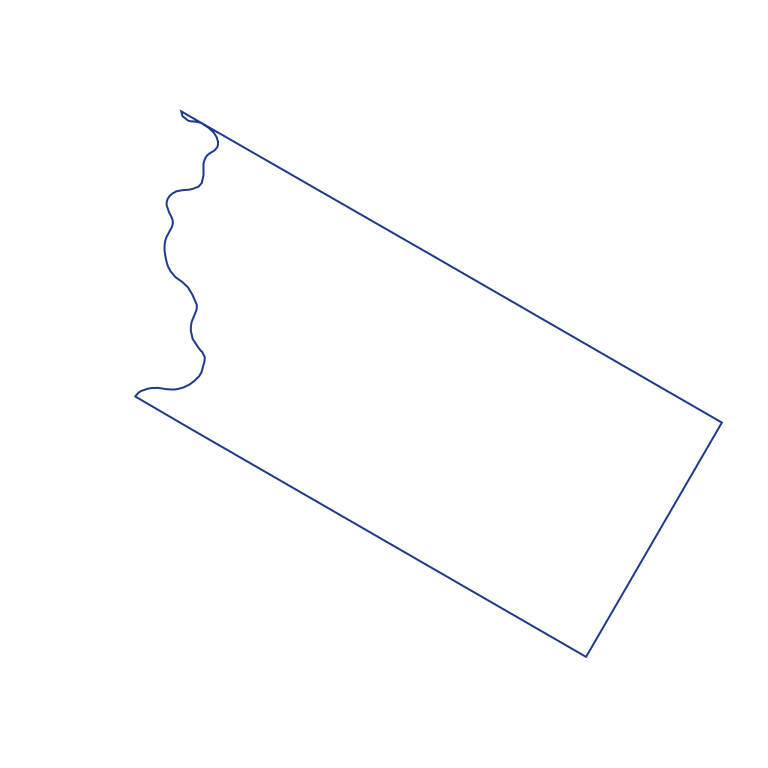 the district of Otoe, Nebraska, United States of America, rotated 210°
{"feature_id": "52423323B62260042074042", "entity_name": "Otoe", "entity_type": "district", "adm_level": 2, "iso_a3": "USA", "parent_name": "United States of America", "parent_adm1": "Nebraska", "projection": "natural_earth1", "projection_center": [-95.833, 40.654], "detail": "fine", "context": "isolated", "style": "outline", "palette": "blue", "viewbox_px": 768, "rotation_deg": 210, "n_neighbors": 0, "source": "geoboundaries", "source_scale": "gbopen_adm2", "svg_char_len": 1147}
<svg xmlns="http://www.w3.org/2000/svg" viewBox="0 0 768 768"><g transform="rotate(210 384 384)"><path d="M400.4,519.4L695.9,518.7L692.4,515.2L685.6,514.2L683.3,514.6L678.4,517.0L673.4,518.6L663.9,518.2L656.9,516.5L652.2,514.0L648.8,510.7L647.3,508.0L646.8,505.4L647.6,501.5L650.6,496.0L651.5,493.3L651.7,490.7L651.3,487.5L650.4,484.3L644.8,474.8L642.3,467.0L643.3,462.2L647.5,457.0L649.8,455.0L655.4,451.1L660.2,447.0L662.7,442.7L663.7,439.6L663.9,436.1L663.0,432.5L661.7,430.2L656.1,425.3L650.9,421.9L648.9,420.1L647.1,417.5L646.2,414.3L645.9,403.0L645.1,398.7L643.9,395.5L641.1,390.3L636.4,384.3L632.5,380.2L630.1,378.0L625.1,374.8L617.8,372.2L609.7,371.5L602.4,369.8L595.9,366.3L594.8,365.7L586.0,359.2L584.3,356.7L583.3,353.9L581.7,341.8L580.2,337.7L577.9,333.5L572.3,327.4L563.1,322.8L559.1,321.1L557.7,321.0L552.6,317.6L550.8,313.9L547.9,302.7L548.0,298.1L549.7,292.1L552.2,286.2L556.0,280.7L560.7,276.0L563.5,273.9L570.4,270.5L577.7,267.7L582.8,264.6L586.0,262.0L589.2,258.4L590.9,256.4L592.3,253.7L593.1,249.6L593.1,248.8L529.0,248.5L72.6,248.7L72.5,278.8L72.1,519.5L400.4,519.4Z" fill="none" stroke="#1e3a8a" stroke-width="2"/></g></svg>